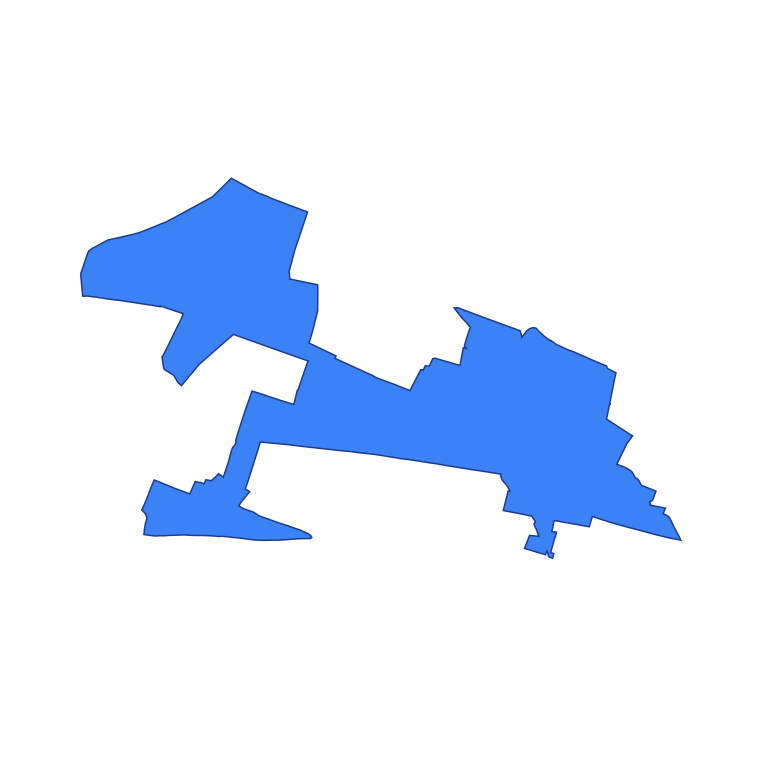 the district of Cuautitlán, México, Mexico, rotated 278°
{"feature_id": "50627088B95274717279759", "entity_name": "Cuautitlán", "entity_type": "district", "adm_level": 2, "iso_a3": "MEX", "parent_name": "Mexico", "parent_adm1": "México", "projection": "robinson", "projection_center": [-99.166, 19.705], "detail": "fine", "context": "isolated", "style": "filled", "palette": "blue", "viewbox_px": 768, "rotation_deg": 278, "n_neighbors": 0, "source": "geoboundaries", "source_scale": "gbopen_adm2", "svg_char_len": 6116}
<svg xmlns="http://www.w3.org/2000/svg" viewBox="0 0 768 768"><g transform="rotate(278 384 384)"><path d="M222.1,333.8L222.5,333.2L223.1,332.8L223.4,332.8L224.1,331.8L225.3,329.6L226.0,327.2L226.6,324.9L227.6,321.9L227.9,320.5L228.4,317.3L229.0,314.5L229.7,310.4L230.1,309.9L230.6,306.5L231.2,303.1L231.5,301.3L231.9,298.8L233.1,293.0L233.6,290.5L234.2,288.0L235.3,282.1L236.3,278.0L237.8,275.0L239.2,272.0L239.6,269.2L240.5,264.7L241.5,260.9L243.1,257.3L246.0,258.4L249.7,260.5L253.2,262.6L258.8,265.9L260.7,261.2L268.0,262.7L273.2,263.6L295.7,267.4L309.3,269.6L310.6,296.9L310.8,309.8L311.3,327.8L311.8,344.0L311.9,349.0L312.5,361.2L312.4,365.8L312.8,377.8L313.0,385.8L312.7,399.8L312.6,406.5L312.4,410.7L312.6,417.6L312.6,420.6L312.5,428.4L312.3,440.2L312.3,441.2L312.3,447.0L311.9,457.7L311.5,478.9L311.4,483.8L311.4,486.8L311.4,490.0L311.3,494.6L311.3,497.2L311.3,498.4L311.2,502.1L311.2,502.9L311.1,507.0L311.0,510.0L310.9,511.7L310.9,512.3L309.9,512.2L308.7,512.6L307.5,513.1L306.5,513.8L305.4,514.5L304.4,515.4L303.6,516.4L302.3,517.9L299.7,520.5L297.4,522.3L296.2,523.1L295.2,523.5L295.2,521.8L275.3,519.7L274.5,536.3L274.0,544.1L273.7,548.6L268.9,553.0L265.9,552.0L259.9,555.9L254.6,558.3L254.4,549.3L240.7,546.0L237.4,567.8L241.2,568.5L239.5,569.8L239.0,570.0L237.0,570.5L236.3,570.9L235.7,571.9L235.2,573.8L234.9,575.3L239.8,575.8L240.2,572.5L255.7,574.6L255.8,574.8L257.1,575.0L257.8,575.1L261.3,575.5L261.2,570.8L272.5,571.5L271.2,607.1L281.8,608.8L279.5,621.8L278.6,626.5L278.0,631.0L277.8,632.2L276.6,641.1L274.8,656.7L272.8,672.1L271.2,688.1L270.7,699.6L271.3,699.2L274.4,697.2L278.3,694.3L282.2,691.5L286.0,689.0L288.4,687.4L291.2,685.5L292.3,684.3L292.4,683.9L293.1,682.7L293.9,680.4L294.2,678.6L295.6,678.8L297.7,679.2L300.2,680.1L301.1,664.4L302.1,664.8L303.5,663.7L304.1,663.3L305.9,665.9L306.7,666.2L315.7,668.3L316.7,664.6L319.3,653.5L320.7,652.1L322.6,650.8L323.9,649.8L324.8,648.8L325.5,647.8L325.9,646.7L326.0,646.0L329.5,643.4L331.3,641.9L332.6,640.1L333.4,638.3L333.7,637.6L335.6,632.1L336.9,625.7L347.7,629.2L358.7,632.8L367.3,637.4L368.7,633.8L375.0,620.4L380.2,609.3L395.5,610.2L395.4,610.7L396.4,610.7L396.5,610.2L401.5,610.5L423.7,611.8L426.1,612.1L427.3,612.2L429.6,605.9L430.0,604.1L430.3,603.3L431.1,602.7L432.5,602.0L432.9,601.5L433.1,600.8L433.8,597.9L435.6,591.0L439.4,577.6L442.2,567.5L443.4,561.8L447.1,549.3L449.7,544.5L450.0,543.9L451.4,539.8L453.7,536.0L457.6,530.1L460.3,527.0L460.6,525.5L460.5,524.7L460.5,524.3L460.5,523.9L460.3,523.2L460.0,522.5L459.6,521.6L459.1,520.5L458.5,519.9L458.1,519.5L457.5,518.9L456.2,517.7L449.3,514.1L455.7,511.5L459.9,491.3L460.0,490.9L460.9,486.9L461.3,485.0L461.9,482.2L463.5,474.9L464.7,469.4L467.7,455.9L468.5,452.1L469.1,449.7L469.8,446.8L469.1,442.9L465.2,446.8L460.3,451.9L455.8,457.6L452.1,461.6L448.4,460.8L446.5,460.4L440.4,459.4L440.1,459.3L433.1,458.3L430.7,460.5L431.1,457.5L418.3,456.9L413.0,456.7L413.3,454.2L416.3,433.4L416.8,431.2L415.7,428.7L415.3,428.6L408.1,426.3L407.9,426.0L407.9,422.5L403.3,420.9L403.5,418.8L403.3,418.4L394.7,415.4L381.8,410.8L381.1,410.7L382.5,404.8L384.0,398.6L384.9,394.9L387.0,385.1L389.1,376.2L390.3,372.3L390.6,372.3L395.9,354.4L402.5,332.0L403.3,332.1L405.1,332.7L409.6,318.4L414.1,304.1L414.7,304.2L424.2,305.6L429.7,306.3L435.6,306.9L436.9,307.0L440.5,307.5L444.3,307.9L447.6,308.1L449.7,307.7L453.3,307.3L457.6,306.7L465.3,305.7L472.9,304.6L473.0,304.5L474.8,276.1L482.8,274.4L494.0,275.8L505.2,277.2L519.0,279.8L542.1,284.1L543.7,284.3L548.3,263.6L552.7,244.2L552.9,244.0L553.2,243.7L553.3,243.3L555.3,234.7L555.1,234.4L560.0,221.4L566.5,204.1L555.9,196.1L545.4,188.0L532.1,170.0L526.7,162.8L518.6,151.9L518.2,151.2L513.8,145.2L513.3,144.1L505.2,130.1L499.9,120.8L495.2,109.4L488.2,90.6L477.5,76.0L474.6,73.0L471.3,72.2L451.4,68.4L448.9,68.7L430.7,73.0L428.9,73.7L429.8,77.6L429.8,81.0L429.8,84.8L429.9,86.5L430.0,88.3L429.8,90.2L429.9,91.9L429.9,93.7L429.8,95.4L429.8,97.3L429.8,99.1L429.8,100.8L429.8,102.6L429.9,104.4L429.8,105.7L429.9,106.0L430.0,113.1L429.9,120.8L429.8,127.1L429.7,136.0L429.6,143.7L429.4,151.5L430.1,151.4L429.7,154.0L425.7,175.2L422.4,174.7L418.2,173.5L413.4,171.8L411.6,171.3L409.2,170.4L403.8,168.8L400.1,167.5L394.2,165.6L389.8,164.1L385.3,162.6L381.3,161.2L380.1,160.4L376.2,161.5L372.0,162.7L369.2,163.6L367.7,164.6L366.4,167.6L363.4,174.6L358.3,178.5L356.2,180.4L354.2,183.7L357.6,185.8L361.7,188.3L365.7,190.6L368.8,192.9L375.8,197.0L377.8,198.4L384.1,203.8L395.5,213.5L404.0,220.9L412.1,228.0L411.1,233.1L410.1,238.1L408.2,247.1L405.4,260.6L402.0,277.2L397.9,297.4L396.3,305.5L382.5,302.8L366.2,299.7L365.7,299.0L351.2,297.5L351.8,293.9L352.7,287.9L353.5,282.9L354.3,278.8L356.1,268.5L356.1,268.3L356.3,268.4L358.6,254.4L358.2,254.2L342.7,251.1L339.2,250.4L332.8,249.2L328.5,248.5L322.6,247.4L317.7,246.6L314.9,246.1L310.1,245.4L308.3,245.1L306.8,244.9L305.8,245.7L304.7,245.4L303.7,245.1L302.8,244.8L301.8,244.2L301.0,243.6L300.5,243.1L297.8,242.4L296.2,242.1L290.3,241.4L286.0,240.9L282.5,240.3L269.7,237.9L270.4,236.3L271.0,234.6L272.2,232.6L268.3,230.0L265.3,227.2L264.9,227.2L264.2,226.7L264.4,222.5L264.4,222.2L264.3,221.6L264.3,220.9L260.1,219.7L260.9,216.3L260.9,215.3L260.8,214.8L260.8,213.8L261.0,212.7L261.3,210.7L259.5,210.2L257.7,209.7L254.5,208.8L251.2,207.9L248.9,207.2L248.1,206.9L248.8,203.8L250.4,196.9L250.5,196.2L251.3,192.7L252.2,188.8L253.4,184.3L253.7,183.0L253.9,182.1L254.2,180.7L254.6,179.2L256.1,173.6L257.0,169.8L249.8,167.9L247.1,167.2L246.3,167.0L245.1,166.7L244.7,166.6L243.3,166.3L242.0,166.1L240.1,165.7L239.8,165.6L235.8,164.6L232.3,163.7L229.2,162.7L225.5,161.6L225.2,162.2L223.9,163.8L223.4,164.5L222.4,165.6L222.2,165.8L220.9,166.7L219.7,167.3L218.8,167.6L217.6,167.8L215.4,167.6L212.0,167.1L210.1,167.1L206.4,167.0L201.5,167.2L201.5,169.2L201.6,179.0L202.5,182.6L203.1,187.5L204.0,191.6L205.5,199.8L206.8,207.5L207.0,210.3L207.4,215.3L208.1,220.5L209.0,227.7L209.5,232.7L209.9,239.2L210.1,242.7L210.5,243.2L210.7,244.8L210.8,247.6L211.0,254.5L211.3,260.8L211.4,270.3L211.6,279.0L212.6,287.8L214.0,296.3L214.9,302.6L218.9,321.0L220.8,332.8L222.1,333.8Z" fill="#3b82f6" stroke="#1e3a8a" stroke-width="1.5"/></g></svg>